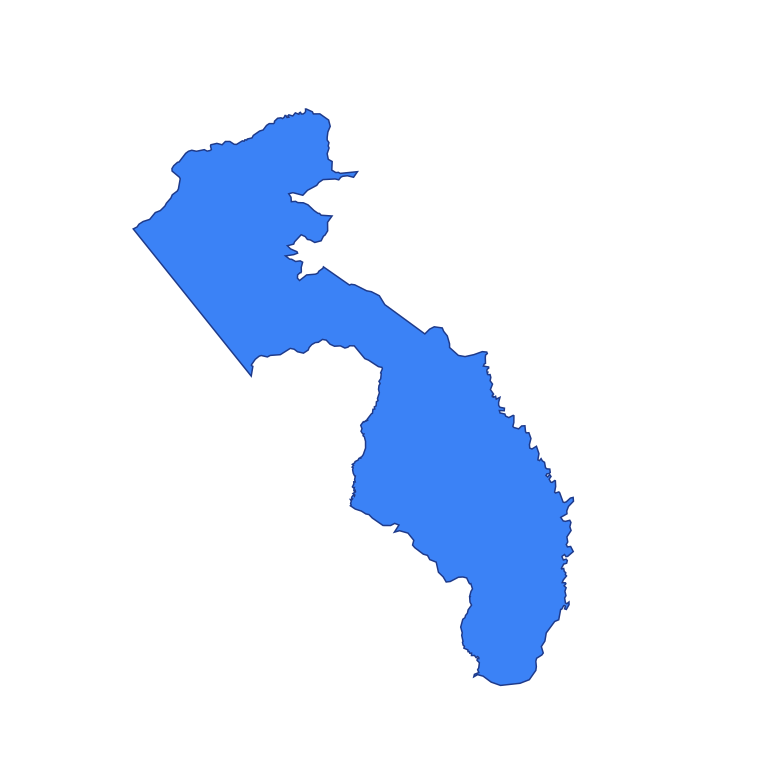 the district of São Félix do Araguaia, Mato Grosso, Brazil, rotated 220°
{"feature_id": "56859067B54991290304343", "entity_name": "São Félix do Araguaia", "entity_type": "district", "adm_level": 2, "iso_a3": "BRA", "parent_name": "Brazil", "parent_adm1": "Mato Grosso", "projection": "robinson", "projection_center": [-52.053, -11.478], "detail": "fine", "context": "isolated", "style": "filled", "palette": "blue", "viewbox_px": 768, "rotation_deg": 220, "n_neighbors": 0, "source": "geoboundaries", "source_scale": "gbopen_adm2", "svg_char_len": 6158}
<svg xmlns="http://www.w3.org/2000/svg" viewBox="0 0 768 768"><g transform="rotate(220 384 384)"><path d="M683.2,410.9L673.6,410.9L672.0,410.2L666.9,401.3L666.4,399.0L667.8,392.8L666.8,389.5L666.9,382.6L666.2,379.5L666.8,373.1L669.4,368.3L669.3,359.5L673.0,353.6L674.4,349.0L674.1,345.5L675.8,341.6L490.8,304.7L495.8,313.2L497.4,312.9L497.9,313.6L498.5,320.2L497.5,325.1L496.4,326.9L490.7,329.8L489.5,332.8L482.3,339.8L478.7,351.0L475.2,352.9L471.0,353.1L465.5,355.9L463.9,361.3L464.8,363.9L464.7,367.7L463.3,371.5L461.1,373.8L459.8,378.6L456.4,380.5L450.9,379.8L446.2,381.1L441.9,385.2L437.1,386.4L435.3,389.0L434.9,391.2L431.3,394.1L415.0,391.1L411.3,392.3L399.5,393.7L396.3,395.4L395.0,394.6L393.7,390.3L392.8,390.2L389.9,385.9L389.6,382.8L387.3,381.9L386.8,379.5L384.7,376.3L381.9,374.3L379.7,368.7L377.9,367.4L378.4,365.5L376.0,362.2L376.7,360.2L375.0,358.9L376.2,357.5L374.0,354.1L374.5,353.2L374.2,346.4L373.2,345.8L373.7,344.6L374.1,345.3L374.9,341.9L375.6,341.8L375.3,337.4L372.1,335.6L371.2,333.0L368.3,332.1L367.3,332.8L366.8,330.9L365.1,330.9L361.3,328.2L356.9,323.0L354.5,316.6L354.3,313.8L354.9,312.5L354.2,312.2L355.4,310.9L355.0,309.0L356.3,306.0L355.8,304.8L356.6,302.1L355.1,302.2L355.0,299.8L353.7,299.9L353.0,298.2L350.2,295.9L347.5,294.7L346.8,295.1L345.1,291.9L343.1,290.5L344.3,289.6L342.9,288.1L342.1,284.9L340.6,284.8L340.1,285.6L338.8,283.1L338.0,282.8L337.7,284.0L336.5,283.1L337.4,280.2L335.0,280.2L334.5,279.0L336.0,279.3L336.1,278.5L336.0,276.5L335.3,275.6L334.2,275.8L334.2,274.8L335.5,273.9L333.9,273.4L332.7,270.9L331.4,270.3L331.5,269.1L325.7,269.7L319.7,272.1L314.4,272.8L311.6,274.3L306.8,273.8L293.8,275.0L288.0,279.8L286.2,284.1L281.9,285.6L280.8,277.2L277.8,281.6L269.8,285.2L260.7,283.4L258.6,279.0L255.3,278.4L244.5,278.9L240.5,280.7L236.1,278.9L229.5,281.1L221.3,274.8L214.7,274.3L209.1,272.3L206.3,275.3L202.8,283.8L199.5,286.9L196.0,288.6L190.9,286.2L189.6,286.1L189.2,286.9L184.5,283.9L184.1,281.1L181.8,276.2L181.2,276.4L181.2,275.6L177.9,272.2L174.8,270.9L174.4,265.1L172.8,262.0L172.8,259.2L171.8,257.0L172.4,254.4L169.0,247.1L164.1,243.7L162.9,241.4L158.0,237.6L157.9,236.6L155.5,234.8L153.8,234.8L153.0,233.0L148.9,234.2L147.6,233.0L146.8,233.7L145.2,232.9L143.9,234.1L142.5,232.2L140.2,234.2L137.8,233.6L137.1,235.4L135.5,235.3L134.8,234.6L136.0,233.6L135.1,232.1L131.8,231.8L129.0,227.5L128.6,225.3L125.9,223.9L128.1,219.7L127.0,217.4L125.5,221.5L120.3,223.9L110.3,224.5L101.0,228.0L87.4,242.2L82.6,250.9L83.6,262.2L85.6,265.4L89.5,269.2L90.8,272.0L88.9,277.9L89.1,280.3L94.7,284.0L95.5,290.5L99.7,297.6L100.6,311.8L98.6,315.7L103.8,324.9L103.1,325.7L103.9,329.7L103.2,330.4L102.1,330.3L101.2,327.8L99.4,328.5L100.4,333.9L102.2,335.9L102.7,333.3L104.2,332.9L108.1,336.2L108.5,338.8L112.2,341.5L113.5,345.0L116.3,345.2L116.3,347.9L117.2,348.3L119.8,346.4L120.7,349.1L120.8,354.3L122.5,354.5L123.5,356.3L125.4,356.3L127.8,358.2L128.9,356.6L129.6,356.8L130.6,361.5L128.9,364.1L130.1,366.6L131.9,366.9L133.5,364.5L136.6,366.0L136.8,366.8L136.1,369.4L133.6,368.7L132.5,370.0L131.3,377.3L136.6,379.5L138.8,377.1L141.2,378.2L141.7,381.1L145.6,384.4L146.5,392.0L149.9,394.1L151.8,398.1L154.1,399.0L156.7,395.4L158.7,394.3L162.9,395.4L160.4,402.2L162.4,404.2L164.0,408.8L163.5,416.0L166.2,418.7L167.9,416.4L168.6,410.9L169.7,409.1L171.0,408.7L179.5,413.6L180.7,413.7L182.6,410.7L183.8,410.8L186.6,415.8L190.5,420.0L191.2,419.8L192.0,416.6L193.2,416.0L196.3,417.2L196.6,420.5L198.7,421.1L198.9,418.0L201.1,418.0L201.5,419.9L200.0,421.5L199.8,423.1L202.3,425.4L204.7,423.7L206.5,423.7L210.7,427.2L213.3,426.9L215.7,427.8L215.6,425.3L217.4,424.8L220.5,430.2L227.2,434.3L228.9,429.3L231.2,428.6L233.7,431.1L236.4,436.7L241.7,439.8L243.6,438.0L245.0,438.5L249.2,442.6L251.6,440.3L252.0,436.2L256.5,434.2L258.0,434.3L259.8,438.0L264.1,443.2L264.9,443.0L266.8,438.5L270.2,437.6L272.1,438.7L276.5,436.4L278.6,437.8L274.7,440.8L276.2,442.9L280.2,440.7L282.4,441.3L284.4,443.6L286.6,448.3L288.3,444.6L290.6,446.3L291.5,444.3L292.7,444.0L292.5,444.8L293.8,445.0L293.6,446.7L298.9,448.1L300.8,453.7L304.8,454.7L306.4,457.7L308.8,459.4L310.3,458.0L311.4,458.2L312.0,459.8L312.6,459.3L313.7,460.2L314.4,461.6L314.0,463.5L314.8,464.3L319.4,461.6L320.1,463.8L319.5,465.0L323.5,469.5L324.8,471.5L324.4,473.7L325.8,474.5L329.5,472.0L334.0,464.3L339.5,457.1L345.4,453.7L357.2,454.1L359.6,456.9L366.4,461.5L372.1,462.7L375.4,464.4L382.3,460.1L384.3,455.4L384.9,448.6L434.4,445.3L444.3,448.6L453.0,446.6L457.3,444.2L470.1,441.2L473.2,439.3L474.0,437.6L505.7,434.8L505.2,433.4L506.4,428.5L506.0,426.4L507.1,424.1L513.4,417.8L515.2,409.0L518.3,409.4L520.3,412.0L519.9,415.1L519.2,415.8L519.5,416.9L522.4,420.2L524.6,425.0L527.3,424.5L530.5,421.0L534.9,420.2L536.5,419.0L541.8,418.8L536.3,425.1L534.3,428.7L535.6,429.4L542.5,427.4L546.9,427.8L543.1,433.1L543.9,435.4L543.4,445.1L539.0,446.3L535.6,445.5L533.1,447.0L528.0,447.9L524.2,453.3L525.4,458.3L524.9,460.2L525.6,465.1L531.2,471.6L531.8,479.3L540.6,472.9L543.0,473.2L544.4,472.3L549.1,471.9L557.4,472.4L562.2,471.0L566.7,467.5L569.1,467.1L572.2,464.1L575.3,467.3L579.3,468.5L576.8,472.0L567.5,476.4L567.1,483.2L563.2,493.1L563.5,496.4L562.1,501.4L553.2,509.7L549.9,511.3L550.0,514.5L549.2,516.5L545.9,520.0L540.2,522.8L540.8,529.6L552.9,517.2L555.0,516.8L556.8,515.0L561.5,514.3L566.7,521.1L571.1,520.3L575.6,523.9L577.8,529.5L579.8,530.5L581.3,533.5L584.4,534.4L586.1,536.5L589.0,541.0L590.8,546.8L596.1,550.6L606.8,549.7L611.7,545.5L613.8,546.5L620.3,544.7L620.9,544.2L619.3,542.5L619.0,540.7L619.6,538.8L620.9,537.7L622.6,538.4L623.2,537.5L622.6,535.9L626.2,534.7L626.2,530.7L629.9,529.0L630.0,527.7L628.4,527.2L629.6,525.8L631.7,526.6L632.4,526.1L631.9,524.1L632.4,522.1L634.0,521.7L636.3,519.2L636.8,514.9L635.9,513.8L636.0,512.5L639.3,509.7L640.2,506.6L639.9,500.9L641.9,497.8L643.9,490.4L643.3,487.7L646.2,483.8L646.0,482.6L647.5,481.7L647.3,480.0L648.8,479.2L651.0,472.7L652.9,471.3L658.0,470.7L661.4,467.8L661.8,463.2L666.7,460.9L670.4,456.0L670.0,454.9L666.9,452.6L667.4,450.9L669.2,448.7L672.3,448.0L677.3,441.7L681.5,439.5L683.4,436.6L684.2,433.2L683.7,422.4L684.7,421.0L685.4,416.0L684.9,412.7L683.2,410.9Z" fill="#3b82f6" stroke="#1e3a8a" stroke-width="1.5"/></g></svg>